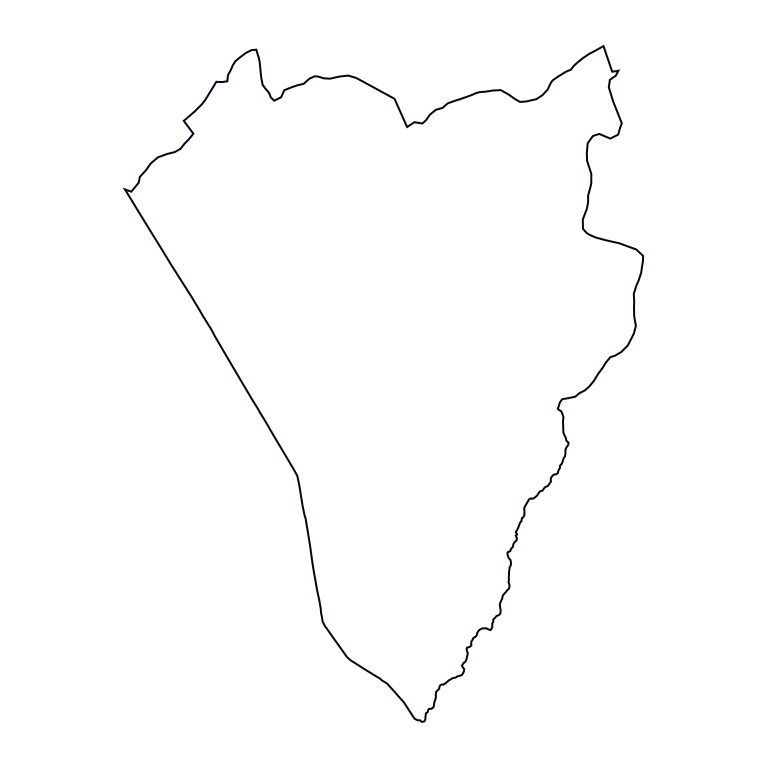 Kuresoi South, Rift Valley, Kenya (orthographic projection)
{"feature_id": "3690345B31423540418892", "entity_name": "Kuresoi South", "entity_type": "district", "adm_level": 2, "iso_a3": "KEN", "parent_name": "Kenya", "parent_adm1": "Rift Valley", "projection": "orthographic", "projection_center": [35.659, -0.544], "detail": "fine", "context": "isolated", "style": "outline", "palette": "ink", "viewbox_px": 768, "rotation_deg": 0, "n_neighbors": 0, "source": "geoboundaries", "source_scale": "gbopen_adm2", "svg_char_len": 4679}
<svg xmlns="http://www.w3.org/2000/svg" viewBox="0 0 768 768"><path d="M297.3,475.9L299.2,484.7L302.6,506.0L304.7,515.9L305.6,518.4L307.3,528.7L309.5,542.3L309.9,544.8L310.3,547.3L311.9,559.1L312.7,564.6L314.2,573.8L314.7,576.3L315.7,582.2L317.4,591.7L319.2,599.8L320.8,608.9L321.0,612.8L321.8,616.4L322.7,621.7L324.7,625.7L343.9,652.7L347.1,657.2L351.0,660.6L353.1,661.9L360.4,666.5L365.7,669.9L368.0,671.3L376.3,676.4L379.9,678.5L381.8,680.3L387.1,683.6L392.5,689.5L394.5,691.7L397.0,694.6L399.7,697.7L403.8,702.2L408.7,709.8L411.6,714.2L413.5,717.1L414.7,718.8L417.7,720.3L420.1,720.3L421.7,721.9L424.2,721.5L425.3,719.8L425.4,717.7L425.6,715.7L425.9,713.3L427.6,712.2L428.1,710.3L428.9,708.9L431.4,708.8L433.5,707.3L433.9,705.3L434.2,703.3L434.6,701.3L435.5,699.2L435.9,697.1L435.8,694.7L436.1,692.1L437.8,690.1L439.1,688.8L439.4,687.0L440.2,685.4L441.7,684.5L443.5,684.5L445.5,683.4L447.1,681.9L448.6,680.5L450.5,679.5L452.8,678.1L455.6,677.6L457.2,676.5L459.2,675.9L461.7,675.1L463.0,673.4L463.9,671.5L464.2,669.2L462.9,667.5L461.9,665.7L463.4,663.3L465.6,661.4L466.6,658.9L467.0,656.6L467.5,654.9L467.8,653.2L467.1,651.5L466.6,649.6L467.0,647.7L469.5,647.0L471.3,645.6L471.2,642.9L471.5,641.2L472.6,639.9L473.5,637.8L475.5,636.8L476.7,635.3L477.4,632.6L478.8,630.5L480.3,629.3L482.6,628.4L486.3,628.3L488.6,629.5L490.4,630.1L491.7,628.5L492.3,626.6L492.3,623.5L493.3,621.7L493.2,619.5L495.2,617.7L496.5,616.0L498.7,615.2L500.2,613.9L500.6,611.8L500.6,609.6L500.1,607.0L499.8,604.4L500.3,602.7L501.1,600.9L502.2,598.6L502.6,596.3L503.3,594.8L504.7,593.4L506.0,591.9L507.2,590.3L508.8,588.8L509.5,586.6L509.4,584.7L508.6,582.5L508.9,579.8L508.8,577.4L509.0,574.2L509.0,571.9L509.4,569.7L509.6,567.5L510.4,566.1L511.0,564.2L510.9,562.2L510.5,560.1L508.8,558.2L507.6,555.2L507.5,552.4L510.2,551.2L511.1,548.7L512.9,546.9L513.3,544.4L514.7,542.0L516.5,540.6L516.9,538.2L515.8,535.6L517.1,534.4L515.8,532.1L517.1,530.0L518.2,527.8L519.3,524.7L520.1,522.7L521.6,520.7L521.9,518.2L523.5,517.0L524.3,515.3L524.5,512.6L524.4,510.4L524.2,508.2L525.1,506.0L526.2,504.5L527.0,502.9L527.9,501.4L529.0,499.4L530.8,498.4L532.8,498.8L535.1,497.3L536.9,495.8L538.4,493.6L539.3,492.1L540.6,491.0L542.5,490.7L543.7,488.8L545.1,487.2L547.9,485.9L549.4,483.8L550.9,481.7L550.8,478.6L551.7,476.7L553.7,474.7L555.9,474.3L557.8,473.3L558.5,470.3L559.9,468.1L560.1,465.5L562.0,463.5L562.9,460.5L563.7,458.1L565.1,456.2L565.4,453.2L565.5,449.8L566.3,447.6L567.3,446.3L568.2,444.9L568.6,442.7L566.3,440.6L565.9,438.3L563.4,432.7L563.0,421.2L563.4,416.9L561.5,411.6L557.8,409.0L560.0,402.2L562.3,399.2L568.5,398.1L575.3,396.7L579.4,393.2L584.7,390.5L589.0,386.8L593.9,380.9L598.6,373.2L602.6,367.9L605.8,362.7L610.3,357.2L615.0,355.7L621.4,351.9L627.9,345.3L633.8,333.7L635.9,325.9L635.0,321.0L634.2,316.0L634.0,308.4L634.2,301.5L633.8,293.9L636.1,286.4L638.9,279.8L641.2,272.6L642.1,266.2L642.7,262.7L643.0,260.8L643.1,255.9L636.3,249.5L626.9,246.1L619.5,243.3L611.8,241.6L604.9,240.0L596.0,237.6L590.4,235.2L588.1,234.0L586.1,232.4L583.0,228.8L582.8,219.4L586.8,209.0L588.1,202.6L588.1,195.6L590.5,186.8L590.9,185.1L591.3,182.5L591.3,173.8L587.1,160.8L586.8,153.1L587.7,143.3L592.8,136.1L599.2,133.9L610.3,138.6L618.2,134.6L619.9,128.4L621.8,123.3L612.8,100.5L612.3,98.6L608.8,87.4L609.9,79.8L615.8,75.7L618.4,70.8L612.2,71.7L603.5,46.1L595.3,50.7L589.0,54.0L582.8,58.2L577.0,62.9L573.8,65.9L570.9,69.7L566.4,71.5L559.8,75.5L553.4,79.8L551.9,81.3L550.4,83.7L547.8,89.4L542.3,95.3L536.3,99.2L530.5,100.5L526.1,101.5L519.9,101.9L514.6,98.8L508.6,94.5L500.7,90.1L493.1,90.5L485.6,91.7L479.6,92.1L475.6,93.3L473.4,94.3L471.6,95.1L465.4,97.3L458.8,99.6L455.1,100.7L447.6,103.4L442.7,107.9L435.9,109.8L429.9,114.7L426.2,120.0L424.4,121.8L422.2,123.5L414.5,122.2L407.1,127.0L394.5,98.8L367.0,83.8L356.1,77.9L348.2,75.6L340.6,76.4L336.3,77.2L330.1,78.7L323.7,78.3L317.9,76.5L314.5,76.4L309.4,78.7L303.7,83.8L296.8,85.5L291.9,87.2L284.3,90.2L281.1,97.3L274.2,100.7L270.8,97.3L268.9,92.6L265.9,89.2L262.7,85.1L261.2,77.6L260.4,69.3L259.7,62.1L258.6,57.0L258.0,55.4L256.3,49.7L251.6,50.1L245.9,52.9L239.7,57.6L235.4,61.2L232.7,65.5L230.9,69.8L228.0,75.1L227.3,81.3L222.0,82.1L216.4,81.8L205.1,100.2L201.7,104.5L194.9,111.3L183.8,120.9L193.4,133.7L188.7,139.5L184.7,143.5L180.4,148.9L174.7,152.1L167.0,154.0L157.8,157.4L150.8,163.4L145.9,170.3L139.9,176.8L138.6,182.8L131.3,191.7L124.9,189.4L126.8,192.4L136.8,208.8L149.3,229.2L161.7,249.2L171.0,264.5L172.3,266.6L173.6,268.6L190.6,295.3L199.5,310.0L202.9,316.0L211.1,329.1L214.9,336.3L227.0,357.0L240.2,379.4L251.7,398.8L257.1,407.5L261.2,414.5L267.1,424.2L272.5,433.7L283.2,451.6L293.9,469.7L297.3,475.9Z" fill="none" stroke="#020617" stroke-width="2"/></svg>